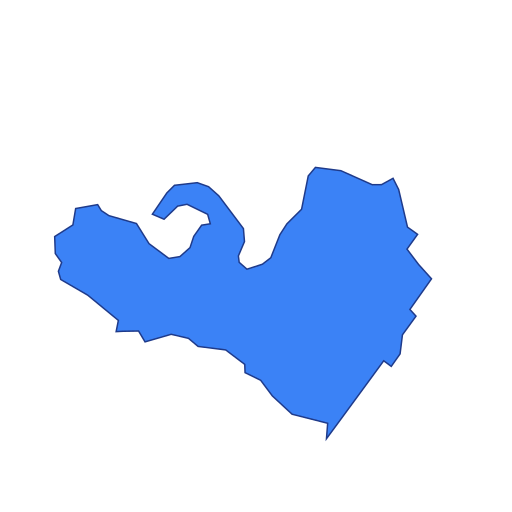 the district of Pointe Coupee, Louisiana, United States of America, rotated 306°
{"feature_id": "52423323B80007668106022", "entity_name": "Pointe Coupee", "entity_type": "district", "adm_level": 2, "iso_a3": "USA", "parent_name": "United States of America", "parent_adm1": "Louisiana", "projection": "orthographic", "projection_center": [-91.606, 30.751], "detail": "fine", "context": "isolated", "style": "filled", "palette": "blue", "viewbox_px": 512, "rotation_deg": 306, "n_neighbors": 0, "source": "geoboundaries", "source_scale": "gbopen_adm2", "svg_char_len": 1066}
<svg xmlns="http://www.w3.org/2000/svg" viewBox="0 0 512 512"><g transform="rotate(306 256 256)"><path d="M149.6,420.4L180.5,420.6L246.3,420.9L246.2,430.3L261.5,430.1L278.3,420.8L301.4,420.8L303.2,411.9L340.7,411.4L344.7,392.6L350.3,374.1L368.5,374.0L368.4,361.6L393.6,332.4L399.4,321.2L387.5,315.6L382.0,308.1L374.9,274.5L362.6,252.0L351.5,251.2L320.6,265.4L300.2,262.1L287.3,262.8L263.3,269.0L253.1,266.0L240.0,256.4L241.0,246.1L245.7,241.7L260.9,238.2L270.8,229.7L282.8,190.6L284.2,176.9L280.8,165.4L265.3,148.5L254.7,146.8L228.9,147.6L231.7,160.0L250.3,163.3L257.3,169.8L261.3,192.4L255.2,200.1L249.0,193.9L235.3,194.1L224.0,197.7L210.8,194.8L202.8,186.9L203.1,162.2L212.0,140.2L202.2,113.3L201.8,104.2L204.5,97.7L188.4,82.2L173.5,89.6L153.4,81.7L140.0,92.2L136.5,102.6L127.5,105.1L122.2,111.8L125.4,142.9L123.0,182.5L112.6,187.3L116.9,192.6L126.3,205.1L121.3,216.7L142.8,233.4L149.7,249.8L148.8,262.3L162.2,286.7L161.7,310.6L155.2,315.7L158.2,332.8L152.4,351.5L149.2,378.2L162.8,412.3L149.6,420.4Z" fill="#3b82f6" stroke="#1e3a8a" stroke-width="1.5"/></g></svg>